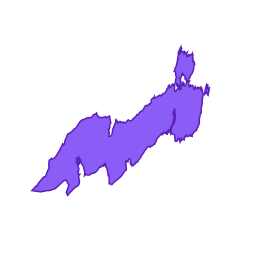 outline of Tingvoll nor, Møre og Romsdal, Norway, rotated 113°
{"feature_id": "86288312B33492217014163", "entity_name": "Tingvoll nor", "entity_type": "district", "adm_level": 2, "iso_a3": "NOR", "parent_name": "Norway", "parent_adm1": "Møre og Romsdal", "projection": "equal_earth", "projection_center": [8.112, 62.946], "detail": "fine", "context": "isolated", "style": "filled", "palette": "violet", "viewbox_px": 256, "rotation_deg": 113, "n_neighbors": 0, "source": "geoboundaries", "source_scale": "gbopen_adm2", "svg_char_len": 5725}
<svg xmlns="http://www.w3.org/2000/svg" viewBox="0 0 256 256"><g transform="rotate(113 128 128)"><path d="M213.6,157.3L205.0,154.3L200.2,151.3L197.6,151.2L196.6,151.9L195.1,152.2L193.5,153.7L191.3,154.6L189.4,154.3L189.9,155.5L189.7,156.0L188.1,156.5L187.6,157.2L187.2,157.0L187.3,156.6L184.6,157.3L180.1,161.3L180.0,161.9L175.5,163.6L175.5,163.1L179.3,161.0L180.8,159.0L179.5,158.8L176.9,160.0L176.1,161.2L174.4,161.6L175.5,160.5L175.8,159.9L175.6,159.4L178.3,157.7L180.8,154.0L185.7,150.4L188.9,149.4L187.0,148.6L187.2,146.9L186.3,145.2L185.7,144.5L183.7,143.6L183.4,142.6L182.0,141.0L179.4,139.8L174.9,138.8L174.8,138.0L172.8,137.5L172.4,136.8L172.8,136.7L172.3,136.4L172.7,136.0L171.1,135.5L171.6,135.4L170.2,135.8L169.9,135.2L168.9,135.3L172.0,134.1L172.2,133.7L171.3,133.6L172.6,132.8L174.1,130.9L175.6,130.3L176.4,129.4L179.4,127.7L178.8,127.4L179.8,126.5L186.7,123.6L186.3,122.0L186.5,120.8L183.2,119.6L176.9,116.2L174.3,115.2L168.2,114.0L167.6,113.2L166.0,113.6L162.2,115.9L161.8,115.8L160.8,116.8L159.1,116.9L158.8,116.7L159.4,115.7L158.2,115.3L159.6,114.8L158.8,114.8L158.2,115.3L155.5,114.9L155.9,114.8L155.8,114.0L156.2,113.1L158.6,112.6L160.4,111.5L159.6,110.7L161.3,109.5L160.5,109.2L160.4,108.3L159.4,108.2L157.9,107.2L156.7,107.2L155.3,105.8L153.9,105.9L150.2,104.8L147.7,104.8L145.3,104.0L141.3,103.6L140.7,103.0L138.9,103.0L136.4,101.5L137.1,100.4L136.9,100.0L136.0,99.9L134.7,98.5L133.5,98.3L132.3,97.0L126.2,97.1L120.9,95.2L120.1,94.5L120.8,94.1L120.6,93.6L119.0,93.9L118.1,93.6L118.5,93.2L118.0,93.0L118.3,92.6L117.9,92.5L118.1,91.5L117.7,91.3L118.7,90.9L117.0,90.8L117.2,90.5L116.9,90.3L119.1,89.8L118.2,89.7L118.2,89.3L114.4,89.6L114.9,90.1L112.8,89.5L114.2,89.3L113.7,88.2L112.8,88.5L110.7,88.2L109.1,88.6L109.4,88.9L107.8,88.7L106.7,88.0L106.2,88.2L106.2,88.6L99.3,89.9L99.1,90.4L97.0,91.2L97.9,91.7L97.6,92.0L95.3,92.5L94.3,92.2L92.5,92.5L92.6,92.0L93.9,91.7L98.4,89.1L101.4,88.1L105.5,87.5L107.1,87.7L108.0,88.4L113.8,87.3L114.0,87.8L113.6,88.1L114.0,88.3L115.7,87.8L115.7,86.8L116.1,86.6L115.7,86.4L116.3,86.2L115.5,86.0L116.4,84.7L115.9,83.7L116.2,82.3L121.6,79.6L121.3,78.0L120.0,77.5L117.9,77.6L117.4,77.0L120.5,74.6L117.1,74.7L118.0,73.9L117.4,73.8L117.2,72.9L116.2,72.3L116.6,71.8L113.9,72.2L113.4,71.6L112.0,71.9L111.9,71.5L112.6,70.5L112.5,69.6L110.8,68.5L111.0,67.7L110.0,67.6L110.8,66.9L110.6,65.6L109.3,66.2L106.8,65.9L103.4,64.6L103.9,64.4L103.7,64.0L101.3,64.4L99.0,64.0L95.9,64.2L91.6,65.9L87.7,66.7L85.1,66.6L82.1,68.1L75.6,69.5L73.7,70.5L66.6,72.3L65.5,73.9L64.3,74.2L64.6,74.7L62.7,75.6L63.8,76.2L62.2,76.9L62.7,77.2L62.3,77.4L64.3,78.6L63.5,79.2L63.8,79.5L63.4,79.8L65.4,80.8L65.3,81.3L64.1,81.8L63.7,82.3L65.9,82.1L66.7,82.6L63.5,85.1L64.1,86.0L65.3,86.5L65.3,86.9L64.5,87.3L66.1,87.9L62.5,90.0L60.7,89.7L61.2,90.8L60.5,91.1L63.1,92.0L65.0,91.6L67.4,92.2L67.3,93.0L64.9,94.0L64.5,95.2L67.3,94.3L67.6,95.2L69.8,95.9L69.7,96.6L70.3,96.7L71.3,95.9L71.2,95.1L69.6,94.9L71.4,94.5L72.5,95.0L71.5,96.6L72.7,97.5L72.3,97.7L75.9,98.5L75.9,99.5L69.4,102.4L71.0,103.1L70.1,103.9L70.4,104.3L71.6,104.1L71.9,104.9L73.4,104.7L74.4,105.2L73.5,106.5L72.6,106.9L73.4,107.3L75.5,106.9L76.6,107.4L78.5,107.2L81.8,107.8L82.7,109.2L85.3,110.2L85.8,110.8L85.3,111.4L85.6,111.9L89.7,114.6L89.9,115.2L88.7,116.0L89.6,116.0L91.9,117.4L93.9,117.5L95.4,116.6L97.6,117.2L97.9,117.4L97.6,117.9L99.6,118.5L100.1,119.6L99.9,119.9L101.1,120.8L105.9,121.3L108.6,123.3L112.0,124.0L112.3,125.1L113.4,125.1L116.2,126.1L116.8,126.7L119.5,127.4L120.6,128.8L120.4,130.7L120.8,131.2L124.2,132.4L124.9,133.6L124.2,134.3L125.2,135.4L125.0,136.8L125.7,137.1L125.1,138.1L127.4,139.5L125.4,141.1L124.9,142.3L128.2,141.6L135.7,141.5L139.1,140.4L141.6,140.6L142.8,141.3L143.2,142.3L142.9,142.6L139.5,143.3L138.7,144.4L136.3,144.9L136.5,145.2L135.1,144.8L132.2,146.1L130.1,145.8L124.2,149.7L126.7,151.8L126.9,152.2L126.4,153.0L127.0,153.2L127.0,153.9L128.8,156.3L128.9,157.4L129.7,158.5L128.7,160.1L128.6,161.0L126.6,162.8L128.1,163.1L128.0,163.7L129.3,165.0L132.8,165.8L133.8,168.3L134.7,169.2L134.7,169.8L136.9,171.4L138.3,173.4L139.4,173.6L140.2,174.5L148.2,175.9L150.0,177.2L153.6,178.5L155.3,179.8L156.7,180.2L156.8,180.9L157.3,181.1L164.2,181.1L167.6,180.2L168.8,180.8L168.0,181.9L175.4,182.3L183.0,183.4L185.7,184.9L186.4,186.1L185.9,186.6L187.8,187.3L188.4,188.0L193.2,186.4L196.3,184.8L197.6,185.3L205.0,185.0L206.2,186.6L214.0,188.9L216.9,189.0L217.1,189.9L223.2,192.0L220.9,183.5L217.1,177.8L216.3,175.9L212.1,171.2L201.7,166.6L200.1,164.6L203.9,160.0L211.3,159.7L213.6,157.3ZM52.5,90.3L48.7,90.5L45.2,91.7L43.5,91.4L43.3,91.5L43.7,91.8L42.3,92.2L41.7,92.7L41.9,93.3L41.0,93.6L41.6,94.5L38.7,95.2L38.7,95.9L36.1,96.5L35.4,96.8L35.5,97.3L34.8,97.3L34.4,97.6L35.2,97.5L35.0,97.9L35.4,98.2L35.1,98.3L36.9,99.2L36.5,100.0L37.5,100.3L36.4,100.9L38.5,100.9L39.2,101.6L38.2,102.2L38.0,102.8L35.2,103.1L36.8,103.9L36.4,104.7L37.7,105.4L35.4,105.7L35.4,106.2L36.7,106.7L36.2,108.6L40.3,109.5L33.7,109.7L33.0,110.5L33.4,110.7L32.8,111.0L38.2,111.3L40.8,110.4L41.1,110.2L40.8,110.0L42.3,110.0L48.5,108.4L53.3,107.7L54.4,108.0L58.0,107.6L58.4,107.4L57.2,107.4L57.9,106.1L61.0,104.6L61.9,103.3L64.6,103.1L67.2,102.3L67.8,102.1L67.8,101.5L68.6,101.4L68.1,101.2L68.5,100.6L70.2,100.2L68.4,99.7L69.1,99.1L70.4,99.0L70.8,98.3L68.2,97.4L68.6,97.1L68.4,96.3L67.1,96.0L64.8,97.3L64.8,97.9L63.0,98.5L62.1,100.0L61.6,99.9L61.1,99.0L59.8,98.9L57.8,99.5L57.3,99.4L57.6,98.8L55.7,99.0L57.9,97.8L57.6,96.2L58.2,95.6L60.4,94.8L59.9,94.0L60.8,93.7L61.8,92.3L60.4,91.1L57.9,91.0L57.5,90.6L55.9,91.0L52.5,90.3ZM66.2,67.2L60.0,68.5L61.1,68.6L59.5,68.9L60.8,69.6L58.9,70.6L59.5,70.8L57.2,71.5L57.5,72.1L57.2,72.6L62.8,71.9L66.8,70.6L64.1,69.8L66.0,68.2L66.2,67.9L65.8,67.8L66.2,67.2Z" fill="#8b5cf6" stroke="#5b21b6" stroke-width="1.5"/></g></svg>